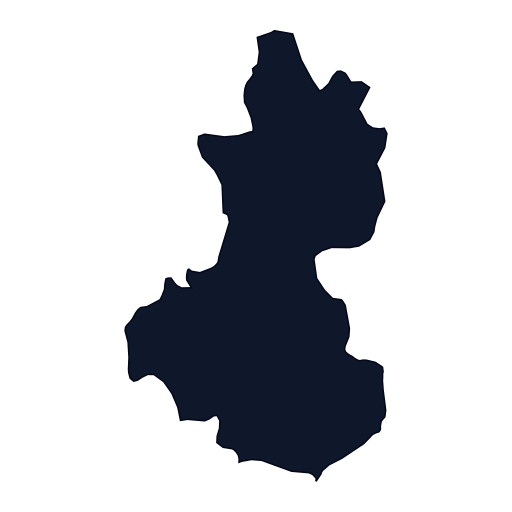 outline of Lempira
{"feature_id": "HND-652", "entity_name": "Lempira", "entity_type": "Department", "adm_level": 1, "iso_a3": "HND", "parent_name": "Honduras", "parent_adm1": "", "projection": "natural_earth1", "projection_center": [-88.611, 14.455], "detail": "fine", "context": "isolated", "style": "filled", "palette": "ink", "viewbox_px": 512, "rotation_deg": 0, "n_neighbors": 0, "source": "natural_earth", "source_scale": "10m", "svg_char_len": 2385}
<svg xmlns="http://www.w3.org/2000/svg" viewBox="0 0 512 512"><path d="M133.7,381.2L130.2,378.3L128.9,373.4L128.5,369.6L129.0,357.2L128.1,342.2L125.1,330.9L125.5,327.3L127.1,324.9L129.9,322.1L132.3,319.1L135.7,312.8L138.1,309.6L140.7,307.5L147.0,306.7L160.0,299.8L162.0,295.9L164.5,289.5L165.0,283.5L165.9,278.9L168.1,278.1L171.0,278.1L174.8,283.3L176.9,285.6L181.5,288.0L191.6,287.8L186.8,280.2L186.6,278.0L186.7,274.8L187.6,270.4L188.2,269.4L189.0,269.2L191.6,271.3L200.0,272.7L211.4,268.3L214.6,266.3L216.8,264.0L218.1,262.1L219.0,256.7L229.4,222.3L228.0,215.3L227.0,214.4L223.3,212.7L222.1,184.7L217.4,175.0L214.6,170.1L202.5,157.1L198.2,145.3L198.0,143.3L198.7,136.4L204.6,134.2L224.3,136.9L238.6,135.7L249.8,132.0L252.9,131.6L253.2,128.9L253.0,126.3L251.3,117.9L247.3,107.5L244.6,102.4L244.2,95.5L244.8,89.4L245.8,85.6L247.5,82.1L249.6,79.7L252.5,75.7L253.3,73.6L252.6,68.7L257.8,64.3L259.4,52.0L257.3,37.4L271.3,32.6L274.3,30.7L292.7,33.9L301.3,60.1L312.3,80.4L319.5,90.8L322.5,89.7L328.8,83.7L332.8,76.3L337.3,71.4L340.7,71.1L345.2,73.3L346.0,74.3L350.9,82.2L361.5,81.9L369.6,87.5L358.4,109.2L360.7,112.2L367.1,124.4L372.8,128.0L379.4,128.9L384.3,128.2L386.9,133.6L384.7,147.8L376.3,163.9L380.2,172.3L384.7,201.4L376.9,217.6L374.6,226.4L373.8,231.8L369.7,239.5L358.8,246.0L349.5,247.6L331.5,247.4L321.8,250.7L315.2,255.6L313.9,259.1L316.6,278.4L324.5,290.4L332.6,298.5L341.3,299.7L342.7,301.3L345.2,305.3L349.4,328.4L348.8,336.8L345.0,346.3L344.6,349.6L345.6,352.1L347.5,353.7L349.6,355.2L352.2,356.5L354.6,358.4L357.0,359.8L358.8,360.6L360.4,360.7L362.3,360.2L364.3,360.1L366.8,360.3L375.4,362.4L382.5,367.1L383.1,371.8L382.6,373.7L382.6,378.2L382.4,380.1L383.1,390.0L385.7,410.4L384.8,417.0L383.5,418.3L381.4,421.0L380.8,423.1L380.4,425.9L380.4,429.5L379.3,431.4L378.2,432.1L376.3,432.6L372.7,434.3L363.9,443.5L341.7,458.3L329.0,464.8L322.4,470.6L321.2,472.7L321.0,473.9L316.5,480.7L315.7,481.3L315.9,481.1L316.0,479.9L316.3,478.5L312.8,474.5L309.0,472.7L291.5,471.2L261.6,460.3L251.5,459.5L241.4,461.3L239.0,462.3L239.0,461.5L239.2,459.1L238.3,455.2L236.3,452.1L233.5,449.3L231.6,448.6L223.1,447.3L216.9,442.6L217.2,436.1L219.5,428.5L219.9,420.7L217.0,415.4L213.6,415.8L209.5,418.7L204.8,420.8L187.4,419.3L180.5,420.4L177.9,407.4L172.0,393.5L163.7,381.6L153.9,374.5L147.7,374.4L142.2,377.1L137.5,380.2L133.7,381.2Z" fill="#0f172a" stroke="#020617" stroke-width="1.5"/></svg>